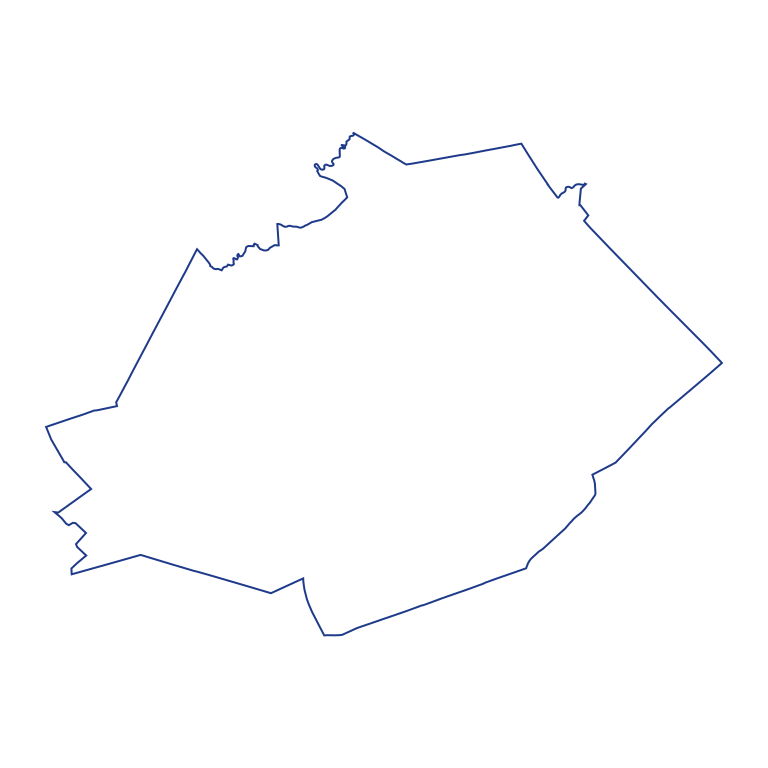 Denta, Timis, Romania (Robinson projection)
{"feature_id": "2599482B74915539122054", "entity_name": "Denta", "entity_type": "district", "adm_level": 2, "iso_a3": "ROU", "parent_name": "Romania", "parent_adm1": "Timis", "projection": "robinson", "projection_center": [21.251, 45.352], "detail": "fine", "context": "isolated", "style": "outline", "palette": "blue", "viewbox_px": 768, "rotation_deg": 0, "n_neighbors": 0, "source": "geoboundaries", "source_scale": "gbopen_adm2", "svg_char_len": 5901}
<svg xmlns="http://www.w3.org/2000/svg" viewBox="0 0 768 768"><path d="M585.8,507.8L588.0,504.8L589.5,503.2L593.1,497.9L594.3,496.2L595.2,494.8L595.5,493.0L595.4,492.1L594.9,483.8L594.3,480.8L593.0,476.7L592.4,474.7L598.8,471.4L612.6,464.2L615.6,462.6L625.9,451.9L629.9,447.7L639.6,437.4L645.6,431.1L652.1,423.9L655.0,421.2L660.0,416.3L668.6,408.2L669.5,407.7L675.3,402.8L700.0,381.9L709.5,373.8L721.9,363.0L721.3,362.3L711.4,351.8L703.8,344.0L671.2,311.2L656.6,296.4L650.0,289.6L637.1,276.3L630.9,269.9L619.3,258.0L609.5,247.9L590.6,228.2L587.3,224.5L584.1,220.8L588.3,215.4L580.4,205.2L579.4,205.2L579.6,202.0L580.9,188.6L585.9,184.1L584.9,183.6L584.6,184.0L583.9,184.8L583.2,184.8L582.4,184.8L581.5,184.6L579.9,184.3L578.6,184.2L577.3,184.3L575.7,184.8L574.9,185.5L574.2,186.0L573.4,187.2L572.9,187.5L571.5,188.1L571.1,187.9L570.6,187.6L569.8,187.1L568.7,186.8L567.6,186.9L566.3,187.3L566.0,187.6L565.6,188.4L565.7,189.7L565.6,190.0L565.2,191.2L564.0,192.3L562.7,193.0L561.6,193.6L560.4,194.8L560.0,195.4L559.6,196.2L558.9,197.1L558.6,197.5L557.9,197.5L557.5,197.5L547.8,184.8L548.0,184.7L541.5,175.1L536.9,168.3L527.5,153.5L522.7,145.8L521.4,143.7L516.4,144.6L511.3,145.7L493.2,149.1L486.1,150.4L474.3,152.7L465.1,154.4L460.0,155.1L449.9,156.9L431.1,160.3L412.9,163.5L406.2,164.5L405.9,164.3L404.7,163.6L402.8,162.6L401.4,161.6L397.8,159.5L391.0,155.4L388.2,153.8L383.4,151.0L382.2,150.1L379.3,148.2L377.7,147.1L373.8,144.8L367.3,140.9L361.3,137.4L359.3,136.3L352.9,132.6L353.5,133.5L354.0,134.7L353.7,135.0L352.8,135.8L352.0,135.9L351.0,136.0L350.2,136.3L349.8,136.7L349.6,137.3L349.7,138.8L349.4,139.1L349.1,139.7L348.3,140.2L346.9,141.2L346.4,141.7L346.4,142.1L346.5,143.0L346.3,144.2L346.2,144.7L345.5,145.4L344.9,145.4L344.5,145.4L344.2,145.4L343.9,145.4L342.7,145.1L341.8,145.0L341.7,145.3L341.9,145.5L342.4,145.9L343.5,146.4L345.1,147.3L345.0,147.6L344.9,148.3L344.6,148.4L343.9,148.5L343.6,148.6L342.0,147.9L341.4,147.9L340.6,148.1L340.0,148.5L339.8,149.1L339.6,149.9L339.7,150.5L339.6,151.1L339.7,151.6L339.7,153.5L339.9,154.1L339.8,154.6L339.8,155.2L339.8,156.4L339.7,156.6L339.4,157.2L338.8,157.4L337.9,157.6L337.4,157.7L336.6,157.7L335.8,157.9L334.9,158.3L334.0,158.6L333.4,159.0L332.7,159.8L332.1,160.8L332.0,161.4L332.1,161.9L332.6,162.8L333.2,163.5L333.6,164.1L333.5,164.5L333.3,165.2L332.9,165.3L331.7,165.9L331.3,165.9L329.8,166.0L329.3,165.8L328.4,165.4L327.2,164.9L326.1,164.6L325.6,164.7L325.0,165.0L324.5,165.6L324.2,166.1L324.2,166.6L324.4,167.4L324.5,167.9L324.1,169.2L323.7,169.3L323.1,169.5L322.8,169.7L321.0,169.4L320.5,169.0L320.0,168.6L319.4,167.5L318.5,166.1L317.4,164.5L316.9,164.2L316.2,164.0L315.4,164.2L315.1,164.4L314.7,165.1L314.7,165.7L315.0,166.6L315.5,167.2L316.0,167.6L317.1,168.4L317.3,168.7L317.9,170.1L317.4,170.8L317.2,171.1L318.6,173.6L320.1,176.0L320.8,176.3L326.3,177.9L332.7,180.5L338.6,184.5L341.5,186.4L342.4,187.2L344.5,188.9L347.2,197.4L343.2,201.4L341.8,202.7L340.0,204.7L337.6,207.3L335.3,209.9L334.7,210.3L330.8,213.5L327.6,216.1L324.8,218.0L323.3,218.8L321.4,219.8L320.8,219.9L316.4,221.0L314.0,221.6L311.9,222.1L309.3,223.6L306.7,225.1L306.4,225.1L305.9,225.3L305.2,225.6L304.7,225.9L304.2,226.3L302.7,227.0L300.8,227.7L300.3,227.7L299.1,227.5L297.7,227.0L296.6,226.7L295.4,226.6L294.1,226.7L293.5,226.6L292.7,226.5L291.6,226.2L290.6,226.0L289.7,225.8L289.1,225.8L288.3,226.0L286.9,226.6L286.3,226.7L285.6,226.8L284.9,226.8L284.4,226.6L284.0,226.4L283.0,226.0L282.0,225.3L281.0,224.7L280.2,224.4L278.7,224.0L277.7,223.9L277.3,224.0L278.7,244.8L278.7,245.4L278.2,245.4L277.3,245.4L274.9,245.1L274.0,245.5L270.1,247.7L268.0,249.9L266.7,250.3L265.2,250.5L263.8,250.4L262.5,249.9L261.4,249.4L260.3,249.2L259.9,248.8L257.8,246.3L257.6,245.1L254.6,243.7L254.1,244.1L253.8,244.6L253.8,245.6L253.7,246.2L248.3,246.0L247.2,246.5L246.5,247.0L246.1,247.5L246.0,248.0L245.6,249.6L245.3,251.2L245.1,251.6L242.8,255.2L242.4,255.9L241.8,256.0L241.6,256.1L240.5,256.3L239.9,256.4L239.2,255.5L238.4,254.0L238.1,254.1L237.6,254.7L237.3,255.4L237.3,255.8L237.7,256.7L237.9,257.2L237.8,257.9L237.2,259.3L236.7,259.3L236.2,259.3L235.4,258.8L234.8,258.4L233.9,258.1L233.4,258.3L233.3,258.7L233.4,259.7L233.7,260.8L233.6,261.1L233.5,262.0L233.5,262.7L233.9,263.9L233.7,264.2L233.5,264.6L231.9,265.4L231.6,265.4L231.1,265.5L228.1,264.6L227.7,265.2L226.9,266.4L224.2,267.1L223.2,267.8L221.7,270.3L221.4,270.2L221.0,270.0L219.0,269.3L218.3,269.0L217.6,268.9L216.8,269.0L216.0,269.2L214.1,268.8L213.7,268.5L212.6,267.8L212.1,267.0L211.2,266.5L210.3,266.2L210.1,264.7L209.0,262.9L203.2,255.7L200.9,253.5L198.5,250.8L197.0,249.2L190.5,261.8L185.1,272.3L183.7,274.8L176.7,287.9L167.8,304.8L154.2,330.4L150.6,337.2L146.6,344.9L141.7,354.1L136.8,363.4L131.5,373.5L128.3,379.8L123.4,388.9L120.0,395.3L116.2,402.2L116.3,403.0L117.0,406.1L99.9,409.7L96.4,410.4L94.2,410.5L82.3,414.8L72.1,418.1L46.1,426.9L50.9,438.7L51.0,439.1L55.9,447.6L63.6,460.9L64.2,462.2L64.9,462.3L65.6,462.3L66.0,462.3L66.2,462.6L73.2,470.1L78.9,476.0L91.1,489.0L84.4,493.8L58.3,512.5L58.0,512.5L54.5,512.1L61.6,518.1L66.2,523.7L68.8,525.2L72.9,522.8L75.6,523.2L86.0,533.0L76.0,544.1L77.2,547.0L86.2,555.5L76.7,563.5L71.4,568.5L71.7,574.3L120.2,560.7L140.6,554.9L172.7,564.6L194.3,571.0L196.6,571.5L210.4,575.4L246.0,585.8L270.9,593.2L303.2,578.4L303.3,581.3L303.9,585.9L304.5,589.8L305.8,594.9L306.9,599.2L309.0,604.9L312.2,612.2L324.2,635.4L326.2,635.3L327.4,635.2L333.2,635.3L335.2,635.3L340.1,635.1L341.3,634.9L342.0,634.9L357.1,628.0L368.0,624.3L381.0,619.8L389.8,616.8L405.5,611.4L421.6,605.5L423.5,605.1L442.0,598.3L469.8,588.6L478.3,585.5L482.5,584.0L485.7,582.5L496.5,578.6L511.2,573.5L526.1,568.3L528.0,563.3L529.2,561.2L531.0,558.8L534.7,555.4L538.8,551.6L541.7,549.7L543.3,548.5L550.7,541.7L560.0,533.2L565.3,528.4L566.8,526.6L570.0,522.9L571.8,521.1L573.1,519.5L575.1,517.6L577.2,515.8L579.6,514.0L581.9,512.1L583.8,510.1L585.8,507.8Z" fill="none" stroke="#1e3a8a" stroke-width="2"/></svg>